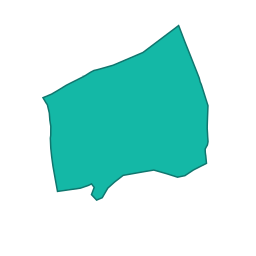 the district of Abu Karinka, Eastern Darfur, Sudan, rotated 63°
{"feature_id": "16777658B5227660159889", "entity_name": "Abu Karinka", "entity_type": "district", "adm_level": 2, "iso_a3": "SDN", "parent_name": "Sudan", "parent_adm1": "Eastern Darfur", "projection": "albers", "projection_center": [26.599, 11.574], "detail": "fine", "context": "isolated", "style": "filled", "palette": "teal", "viewbox_px": 256, "rotation_deg": 63, "n_neighbors": 0, "source": "geoboundaries", "source_scale": "gbopen_adm2", "svg_char_len": 1111}
<svg xmlns="http://www.w3.org/2000/svg" viewBox="0 0 256 256"><g transform="rotate(63 128 128)"><path d="M152.5,219.6L160.0,197.7L161.2,189.1L161.2,185.9L165.6,185.1L170.8,190.8L178.0,188.7L178.4,182.6L172.6,173.6L172.4,173.3L170.0,164.3L168.0,153.8L174.2,133.5L177.2,124.1L186.3,114.3L194.3,106.2L196.3,98.9L195.1,88.7L195.1,74.1L188.0,71.3L187.4,71.1L187.0,71.0L184.8,70.2L183.3,69.5L183.0,69.4L181.7,68.7L181.3,68.1L180.3,66.7L180.1,66.4L179.2,65.0L177.3,63.5L176.3,62.8L175.8,62.6L173.2,61.5L172.0,61.0L168.9,59.6L164.3,57.6L163.8,57.3L162.4,56.6L154.4,52.2L148.7,49.0L144.4,46.6L137.7,45.5L131.2,44.4L122.8,43.0L122.0,42.9L121.2,42.9L120.2,42.8L119.6,42.8L118.9,42.6L116.3,42.0L115.9,41.9L109.0,41.2L101.5,40.5L90.0,39.4L76.9,38.2L60.1,36.4L59.7,36.4L67.5,80.4L65.3,112.8L62.1,129.0L61.3,132.2L61.3,135.8L62.0,143.8L61.9,144.0L62.0,144.0L61.9,158.6L61.9,163.5L62.7,173.8L63.1,180.8L62.5,188.7L62.4,190.0L68.5,189.6L70.7,189.3L78.9,191.3L85.6,194.1L91.4,196.0L99.5,200.2L101.8,201.8L111.0,206.0L119.1,209.1L128.0,212.2L139.8,215.8L152.5,219.6Z" fill="#14b8a6" stroke="#0f766e" stroke-width="1.5"/></g></svg>